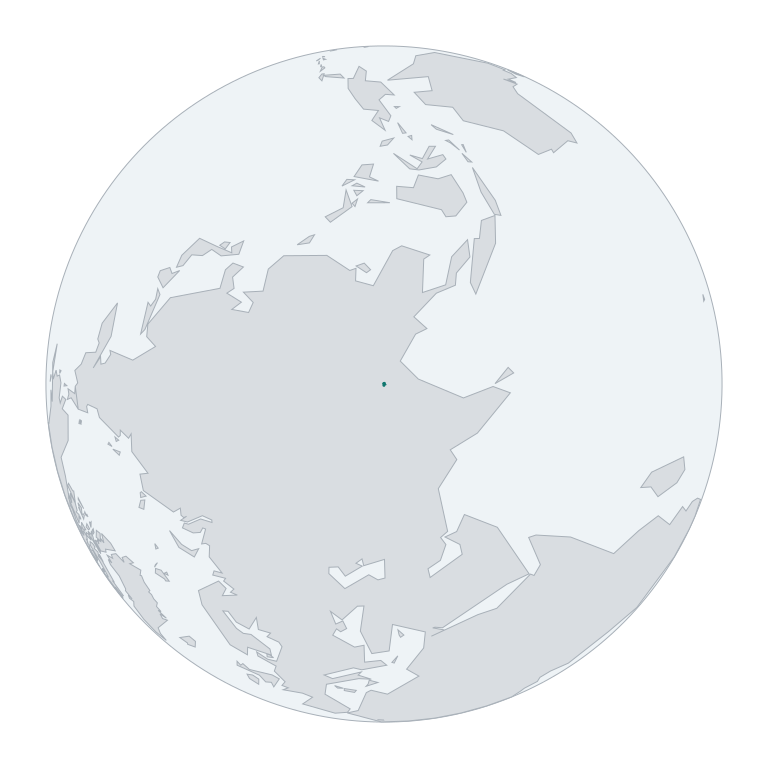 Samchi on an orthographic globe, rotated 242°
{"feature_id": "BTN-2438", "entity_name": "Samchi", "entity_type": "District", "adm_level": 1, "iso_a3": "BTN", "parent_name": "Bhutan", "parent_adm1": "", "projection": "orthographic", "projection_center": [89.102, 27.046], "detail": "coarse", "context": "on_globe", "style": "filled", "palette": "teal", "viewbox_px": 768, "rotation_deg": 242, "n_neighbors": 0, "source": "natural_earth", "source_scale": "10m", "svg_char_len": 11378}
<svg xmlns="http://www.w3.org/2000/svg" viewBox="0 0 768 768"><g transform="rotate(242 384 384)"><circle cx="384" cy="384" r="338" fill="#eef3f6" stroke="#a8b0b8"/><path d="M507.9,69.6L506.1,69.3L520.7,79.5L535.3,87.2L524.2,82.8L558.6,101.7L573.0,114.4L550.6,97.5L543.5,94.2L550.2,101.0L544.4,99.1L544.3,101.8L536.7,99.3L524.3,90.7L519.2,89.2L524.2,94.3L519.8,95.8L513.2,88.3L504.8,90.4L482.4,78.6L470.9,64.5L452.3,59.5L424.1,50.0L420.5,50.3L407.5,48.2L398.6,48.1L395.9,47.3L391.0,48.1L395.2,48.9L394.4,49.8L389.5,50.1L385.2,48.8L387.1,48.4L383.3,48.3L383.2,47.6L380.5,48.1L375.9,47.1L373.1,48.8L363.3,48.6L362.3,47.8L372.0,47.0L386.0,46.1L410.9,47.2L435.7,50.1L460.2,54.8L484.3,61.3L507.9,69.6ZM348.3,48.0L338.1,49.2L328.4,50.7L348.3,48.0ZM547.0,93.8L542.8,90.3L548.9,94.4L547.0,93.8ZM545.6,102.6L548.6,104.4L547.3,105.1L545.6,102.6ZM364.1,46.7L363.5,46.7L359.9,46.9L360.6,46.9L364.1,46.7ZM534.5,102.1L531.4,103.2L532.4,100.5L534.5,102.1ZM356.0,47.3L369.7,46.4L374.3,46.2L371.9,46.7L356.0,47.3ZM528.1,102.8L520.7,106.4L526.9,110.3L505.3,102.2L518.7,101.3L519.0,97.2L523.0,101.0L528.1,102.8ZM398.6,49.2L394.0,48.2L402.4,48.9L398.6,49.2ZM404.2,49.5L431.1,51.9L435.6,54.1L425.6,52.5L435.0,55.8L423.9,55.5L416.3,53.7L415.6,52.2L411.9,53.4L404.2,49.5ZM494.5,97.7L490.9,97.6L492.3,96.1L494.5,97.7ZM394.8,50.2L399.8,50.2L404.0,52.0L394.7,52.3L396.3,51.6L394.8,50.2ZM442.9,57.1L444.4,58.8L435.8,59.0L435.2,59.8L424.0,55.7L442.9,57.1ZM392.9,51.4L389.8,52.6L383.4,52.2L390.1,50.4L392.9,51.4ZM409.0,52.5L410.6,53.4L406.7,52.9L409.0,52.5ZM358.8,52.6L364.7,51.9L367.4,52.7L358.8,52.6ZM389.1,53.1L391.3,53.3L393.1,53.6L389.8,54.4L389.1,53.1ZM418.8,56.4L414.9,56.3L422.9,58.0L416.8,58.7L410.4,56.0L410.6,57.5L408.7,57.7L405.7,55.4L418.8,56.4ZM391.6,56.6L381.5,54.3L369.9,55.0L367.1,54.2L386.4,53.3L391.6,56.6ZM400.1,56.0L394.3,56.1L393.9,54.7L397.6,53.9L400.1,56.0ZM414.9,60.3L425.9,59.9L426.9,60.5L414.9,60.3ZM388.3,57.0L390.9,57.6L387.6,57.2L388.3,57.0ZM406.8,59.4L410.6,59.0L411.6,59.8L406.8,59.4ZM392.8,59.3L389.5,58.4L391.9,57.6L392.8,59.3ZM399.3,59.5L399.8,60.7L394.8,57.9L400.8,59.2L399.3,59.5ZM407.2,60.2L409.0,60.5L405.5,60.2L407.2,60.2ZM385.4,63.2L378.5,59.9L383.9,58.0L389.8,61.3L385.4,63.2ZM86.8,223.1L110.8,197.2L107.8,207.9L119.8,223.5L119.7,228.8L108.5,241.5L109.7,277.7L121.6,270.1L132.3,295.1L145.7,304.1L167.7,278.6L145.9,263.2L151.7,246.7L176.9,247.1L197.4,262.1L200.3,256.2L195.4,236.2L208.4,230.0L194.7,228.7L194.1,236.4L185.6,236.2L185.6,229.4L190.1,227.1L186.3,220.8L165.5,234.5L162.7,243.7L147.5,236.3L141.4,251.4L134.4,254.4L142.1,230.2L147.7,223.8L155.2,194.5L148.0,200.3L140.4,228.8L139.1,224.5L129.3,234.2L135.7,223.4L145.9,192.2L137.8,186.3L113.0,201.6L111.3,197.6L116.3,186.3L139.7,162.0L141.0,173.9L149.3,166.9L161.4,151.4L160.7,156.8L165.8,152.4L167.5,156.9L182.0,152.4L185.6,156.3L203.0,145.0L207.2,145.8L195.7,152.0L189.6,159.0L199.9,170.6L205.4,170.0L215.8,162.1L217.3,166.9L226.2,157.8L237.8,161.7L231.0,149.9L243.1,141.8L256.5,139.6L259.3,135.2L237.5,139.0L229.9,142.7L225.3,149.0L203.6,158.9L197.5,157.3L215.6,140.0L209.0,136.3L226.0,125.7L274.5,119.7L288.7,123.2L287.7,145.4L277.6,148.6L273.0,141.9L266.5,155.4L272.2,150.7L273.4,155.2L285.3,149.9L286.8,152.9L295.7,143.1L298.8,146.2L293.1,152.3L313.4,148.5L323.1,154.1L326.9,151.9L328.4,147.9L339.7,158.4L342.0,156.4L339.2,152.1L342.1,145.6L351.6,138.5L355.0,142.4L352.0,145.5L350.9,158.7L342.5,167.1L344.8,168.1L353.0,161.8L354.4,145.7L359.1,140.4L359.9,147.6L360.0,144.5L363.4,143.2L370.0,145.9L369.8,138.0L402.9,121.5L419.0,126.2L416.0,133.7L442.7,129.6L458.7,137.3L456.0,133.0L467.1,129.5L462.3,126.9L461.8,124.7L488.0,117.0L496.8,119.0L505.1,112.8L503.8,110.9L497.7,108.9L505.3,102.2L526.9,110.3L528.8,114.1L541.1,117.4L543.7,126.0L551.6,135.4L547.4,144.4L554.0,151.8L558.1,152.4L570.0,163.7L580.7,186.8L554.2,165.4L534.7,134.8L541.1,146.5L534.4,143.4L533.4,147.6L538.4,156.6L542.3,157.8L523.0,173.4L524.4,199.9L537.2,196.7L547.7,203.6L560.5,235.9L545.5,284.1L559.3,297.6L561.7,307.4L553.3,314.8L549.5,300.5L538.8,296.5L538.0,287.9L523.2,296.5L521.3,284.6L510.7,298.0L517.4,306.8L531.1,303.0L522.8,320.8L539.8,335.8L544.3,355.7L524.4,393.9L500.3,407.1L499.3,413.6L488.4,407.3L475.8,420.7L497.7,454.3L497.7,464.5L476.4,485.0L475.6,477.7L446.7,460.9L442.6,485.0L464.6,503.5L472.2,525.5L455.8,519.5L448.0,500.0L437.7,493.4L439.6,472.8L429.3,441.9L412.8,447.9L413.2,435.3L396.6,409.1L372.3,416.6L334.4,447.6L330.6,479.1L316.9,491.4L296.8,443.4L294.8,411.6L283.1,412.8L266.1,382.8L224.0,371.0L221.9,361.9L213.2,363.3L201.8,351.0L200.2,336.1L191.5,333.9L196.9,373.1L206.7,375.7L220.3,366.0L219.6,378.9L231.0,393.7L204.3,416.8L148.3,423.0L149.5,398.5L141.3,321.2L145.3,314.9L145.5,314.1L145.8,312.5L138.3,322.1L139.1,307.4L136.3,358.5L133.0,378.3L147.4,424.1L144.5,426.6L151.1,437.3L180.6,439.7L179.3,447.3L161.3,476.9L126.4,507.2L134.9,540.0L138.9,564.3L125.7,570.2L135.6,590.1L130.1,591.0L135.5,601.1L136.0,607.3L133.5,609.3L121.6,596.9L115.7,589.4L112.2,584.8L95.0,559.0L68.0,502.3L64.1,484.5L60.0,465.9L51.0,415.7L52.4,396.3L51.8,384.0L49.4,379.8L49.5,365.0L48.8,360.8L47.8,349.8L51.6,323.4L57.4,297.4L65.2,271.9L75.1,247.1L86.8,223.1ZM90.7,220.6L87.5,225.9L87.4,225.9L90.7,220.6ZM212.2,293.8L228.9,302.1L233.1,280.8L239.9,282.5L238.9,275.1L233.4,279.3L232.5,259.6L244.0,257.7L248.0,249.4L242.5,246.3L221.7,253.4L222.7,281.0L213.9,286.7L212.2,293.8ZM192.1,126.9L188.7,131.4L182.2,134.9L177.7,132.4L187.1,127.0L192.1,126.9ZM185.4,137.3L204.7,122.3L208.2,124.1L203.0,125.5L203.4,128.1L195.1,131.2L179.6,148.7L172.8,153.1L168.3,144.5L173.5,144.5L176.5,139.7L185.4,137.3ZM247.6,88.9L256.0,84.7L252.8,93.6L245.3,96.7L240.4,93.8L246.3,88.5L247.6,88.9ZM349.0,49.3L352.4,48.7L353.6,48.8L351.6,49.5L349.0,49.3ZM361.3,52.2L335.3,52.8L337.9,51.9L319.5,54.5L319.2,53.4L331.1,51.5L317.1,53.2L327.7,51.1L317.5,52.8L344.0,48.8L353.0,47.7L343.1,49.2L343.1,50.0L345.9,50.1L360.3,49.9L379.6,49.0L382.8,50.5L379.8,51.9L375.7,52.3L374.9,51.0L369.9,52.5L365.7,51.1L361.3,52.2ZM343.8,78.8L344.7,75.1L333.8,81.9L329.5,78.8L328.6,79.9L321.6,79.2L311.5,80.3L310.9,78.6L307.2,79.9L302.5,79.8L297.2,81.1L294.4,78.7L287.7,80.3L290.2,78.3L279.4,81.9L286.2,78.3L280.8,78.4L277.1,81.9L274.8,70.1L268.6,69.5L259.8,71.4L272.5,66.1L289.0,61.5L305.3,59.0L309.4,60.9L314.4,58.7L317.9,59.2L312.5,60.7L322.9,58.7L324.3,59.7L338.8,60.1L353.0,57.7L358.6,58.2L353.8,59.7L362.8,59.2L357.5,62.6L361.5,63.2L360.1,67.6L348.5,70.8L353.8,71.4L353.1,75.3L343.8,78.8ZM384.6,64.4L371.7,67.9L362.9,68.3L368.9,60.6L366.0,59.6L369.5,55.6L382.1,55.5L379.9,56.5L380.7,57.5L376.5,57.1L380.5,58.3L377.7,60.0L380.0,61.4L375.2,62.1L384.6,64.4ZM125.5,226.3L126.5,229.1L129.4,231.9L123.3,238.5L125.5,226.3ZM132.0,205.0L133.7,206.0L126.5,215.7L125.5,213.2L132.0,205.0ZM140.9,198.8L134.4,205.3L137.3,200.3L140.9,198.8ZM198.0,152.8L200.6,153.8L198.5,156.0L194.2,158.0L198.0,152.8ZM310.7,101.8L312.6,98.8L314.9,98.7L324.5,93.4L328.4,95.7L324.2,99.8L310.7,101.8ZM160.4,280.9L153.0,283.7L152.6,279.7L155.2,279.5L160.4,280.9ZM134.5,260.3L137.5,268.6L132.8,262.0L134.5,260.3ZM316.6,103.5L320.1,100.9L319.9,103.8L316.6,103.5ZM331.8,97.3L332.6,100.1L330.0,95.4L331.8,97.3ZM307.0,705.2L313.5,707.6L308.1,706.8L307.0,705.2ZM180.5,578.9L179.0,614.4L167.2,609.5L159.3,596.2L155.9,573.0L167.8,571.4L172.0,562.1L180.5,578.9ZM549.9,565.4L558.8,564.9L558.3,566.3L549.9,565.4ZM540.8,562.5L551.1,561.1L538.8,565.7L540.8,562.5ZM555.1,560.5L565.6,555.9L570.1,552.8L569.1,555.7L555.1,560.5ZM533.7,563.7L494.0,568.5L478.0,566.4L482.0,561.1L507.9,559.8L533.7,563.7ZM480.7,561.1L455.9,548.6L420.3,507.3L433.1,507.9L470.0,532.0L467.7,536.6L482.7,546.8L480.7,561.1ZM539.8,528.1L537.3,541.6L515.6,543.5L505.6,542.5L498.7,526.3L502.6,517.2L510.9,516.6L541.6,482.3L552.6,488.0L543.5,502.2L552.4,512.5L539.8,528.1ZM332.2,482.2L340.4,501.4L332.9,503.7L332.2,482.2ZM553.0,458.9L541.3,474.3L551.7,454.6L553.0,458.9ZM558.6,440.7L559.8,447.5L554.3,441.7L558.6,440.7ZM500.0,423.3L491.2,425.8L490.5,420.8L501.3,414.8L500.0,423.3ZM547.7,372.7L549.4,387.4L548.4,392.7L543.6,384.4L547.7,372.7ZM355.3,125.8L337.4,130.0L327.2,135.9L325.6,143.1L320.3,135.3L336.0,126.2L355.3,125.8ZM396.7,121.3L398.0,115.9L402.5,117.7L402.8,119.2L396.7,121.3ZM393.9,118.4L386.1,113.1L390.1,109.7L395.5,114.6L393.9,118.4ZM350.7,106.7L345.1,107.6L345.4,105.1L350.7,106.7ZM589.3,652.1L595.5,646.0L603.4,640.5L594.7,648.1L589.3,652.1ZM577.6,638.3L517.8,667.0L506.2,667.5L512.5,660.5L508.6,642.3L512.7,642.1L514.2,628.1L551.4,608.4L579.2,577.6L596.1,574.6L611.2,551.9L627.4,547.6L620.4,564.2L634.6,567.4L650.6,529.7L652.9,560.3L658.9,566.2L653.0,584.2L618.5,626.3L604.7,638.2L604.9,636.8L598.4,642.1L592.4,644.7L594.8,637.0L588.2,642.1L597.2,632.6L586.3,642.3L585.9,637.5L577.6,638.3ZM690.1,527.1L689.2,528.8L690.4,525.0L691.1,524.2L690.1,527.0L690.1,527.1ZM702.0,496.8L701.8,498.1L701.2,499.5L702.0,496.8ZM701.9,496.8L703.4,492.4L702.3,496.0L701.9,496.8ZM700.7,485.6L701.8,482.9L701.9,483.9L700.7,485.6ZM571.7,562.3L584.4,549.8L590.9,547.3L571.7,562.3ZM700.2,483.0L698.1,484.9L698.6,482.7L700.2,483.0ZM700.9,478.3L701.0,475.8L701.5,480.9L700.9,478.3ZM697.4,476.3L699.6,478.6L697.1,477.2L697.4,476.3ZM695.7,478.5L693.8,478.1L694.0,477.1L695.7,478.5ZM668.2,500.4L676.2,511.1L668.6,515.3L660.5,509.9L652.1,522.9L634.4,528.7L639.1,521.2L637.2,513.0L617.6,516.0L613.7,511.3L621.1,505.0L607.5,504.1L622.4,497.0L628.1,507.5L636.3,495.0L649.6,492.4L661.8,491.1L670.6,495.6L668.2,500.4ZM621.6,524.2L624.1,523.4L621.7,527.8L621.6,524.2ZM690.0,474.6L692.8,478.1L692.3,479.9L690.9,480.2L690.0,474.6ZM672.9,492.4L682.8,476.8L684.9,475.6L678.2,490.8L672.9,492.4ZM680.8,471.5L685.0,470.3L686.9,474.7L686.0,476.8L680.8,471.5ZM591.3,521.5L590.5,525.1L586.5,523.4L591.3,521.5ZM596.6,518.1L608.4,518.7L595.4,521.4L596.6,518.1ZM558.5,514.3L562.2,521.9L574.1,514.3L565.0,523.7L572.7,535.4L569.7,541.0L562.2,528.1L558.9,543.6L553.6,544.3L551.1,532.1L556.6,515.3L561.9,507.7L583.2,500.6L558.5,514.3ZM596.6,508.1L593.4,499.3L595.7,492.2L599.3,496.4L596.6,508.1ZM583.1,478.0L573.7,468.4L565.7,474.4L581.2,455.0L587.8,467.4L583.1,478.0ZM574.1,454.3L566.8,459.8L574.0,448.9L574.1,454.3ZM564.5,456.3L563.0,448.4L569.2,448.3L564.5,456.3ZM578.1,453.9L578.5,439.8L582.1,447.3L578.1,453.9ZM558.8,430.7L573.1,441.6L555.6,439.1L552.0,412.6L559.2,410.6L558.8,430.7ZM581.2,314.5L577.8,307.3L583.6,304.1L584.3,309.9L581.2,314.5ZM599.2,289.6L584.0,301.0L571.3,311.2L576.6,313.7L576.2,327.3L566.7,316.7L573.6,300.3L583.7,295.1L582.6,284.0L588.3,274.9L582.9,262.1L584.5,255.6L592.6,265.9L599.2,289.6ZM580.1,256.9L572.7,234.1L584.7,234.5L589.1,239.6L587.4,249.6L581.1,248.7L580.1,256.9ZM574.4,229.0L568.2,228.2L544.4,198.5L542.4,192.6L566.9,214.0L562.4,214.6L566.1,222.2L574.4,229.0ZM493.5,99.6L491.1,97.8L494.9,98.9L493.5,99.6ZM458.9,123.4L459.0,120.6L463.5,121.6L458.9,123.4ZM461.6,113.7L456.5,114.5L460.5,112.0L461.6,113.7ZM445.4,116.8L453.8,114.0L447.8,119.2L445.4,116.8Z" fill="#d9dde1" stroke="#a8b0b8" stroke-width="1"/><path d="M382.1,383.4L382.1,383.2L382.3,382.8L382.7,382.7L382.8,382.6L383.1,382.7L383.3,383.0L383.5,382.9L383.6,383.3L384.1,383.4L384.2,383.7L384.3,383.7L384.5,383.5L384.7,383.8L384.8,383.6L385.0,383.5L385.1,384.0L385.3,384.1L385.3,384.3L385.1,384.6L384.9,384.7L385.0,384.7L385.1,384.8L385.2,385.0L385.4,385.0L384.9,385.2L384.7,385.3L384.1,385.4L383.8,385.0L383.6,384.8L383.4,384.7L383.2,384.8L383.1,384.7L383.0,384.4L382.9,384.4L382.7,384.6L382.7,384.0L382.6,383.7L382.1,383.4Z" fill="#14b8a6" stroke="#0f766e" stroke-width="1.5"/></g></svg>